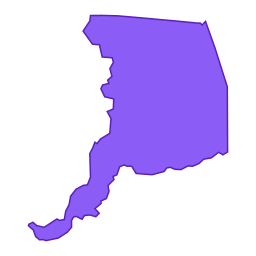 the district of Sacramento, California, United States of America
{"feature_id": "52423323B62056349216099", "entity_name": "Sacramento", "entity_type": "district", "adm_level": 2, "iso_a3": "USA", "parent_name": "United States of America", "parent_adm1": "California", "projection": "equal_earth", "projection_center": [-121.498, 38.377], "detail": "fine", "context": "isolated", "style": "filled", "palette": "violet", "viewbox_px": 256, "rotation_deg": 0, "n_neighbors": 0, "source": "geoboundaries", "source_scale": "gbopen_adm2", "svg_char_len": 1271}
<svg xmlns="http://www.w3.org/2000/svg" viewBox="0 0 256 256"><path d="M200.2,23.0L197.6,23.1L182.2,21.6L176.0,21.0L160.3,19.6L143.0,18.0L118.6,15.9L117.4,15.8L100.7,15.4L98.9,15.5L90.5,15.5L89.8,21.0L83.1,31.1L92.5,44.2L99.4,44.8L102.2,57.0L112.2,57.8L113.4,62.3L109.9,68.6L111.9,76.3L107.6,80.2L108.9,83.4L102.6,85.0L100.9,88.8L104.7,96.8L113.7,98.9L113.3,109.0L107.2,111.5L111.0,118.5L109.8,133.3L100.6,138.9L97.0,143.6L94.9,142.2L92.7,148.0L89.8,153.6L90.5,177.1L87.4,184.9L83.5,185.3L76.1,189.2L70.6,196.2L69.1,204.6L65.7,211.2L64.3,219.5L59.6,220.4L56.9,219.0L44.2,227.3L36.7,225.6L33.0,222.3L28.9,224.2L28.4,225.7L33.4,230.1L35.7,236.6L39.6,239.8L43.0,239.6L46.0,240.6L58.2,238.1L67.3,232.2L71.6,227.2L71.5,220.6L73.6,217.0L76.3,216.4L82.0,219.3L84.5,215.5L89.9,215.0L95.8,216.7L99.2,213.3L94.9,208.6L101.1,203.5L101.0,201.0L106.3,198.6L109.0,191.4L108.0,185.5L113.9,179.6L113.1,176.4L116.9,174.8L119.7,166.7L124.1,165.0L127.3,166.3L129.2,166.1L131.8,166.4L136.1,173.5L152.1,174.7L164.1,171.5L166.8,167.9L169.0,167.6L169.9,167.2L175.0,169.3L181.0,169.6L187.8,166.0L192.8,166.2L199.0,163.5L203.6,159.2L211.3,157.9L218.6,152.3L222.9,154.8L227.6,152.0L227.3,86.8L214.9,47.7L205.5,21.4L202.1,25.0L200.2,23.0Z" fill="#8b5cf6" stroke="#5b21b6" stroke-width="1.5"/></svg>